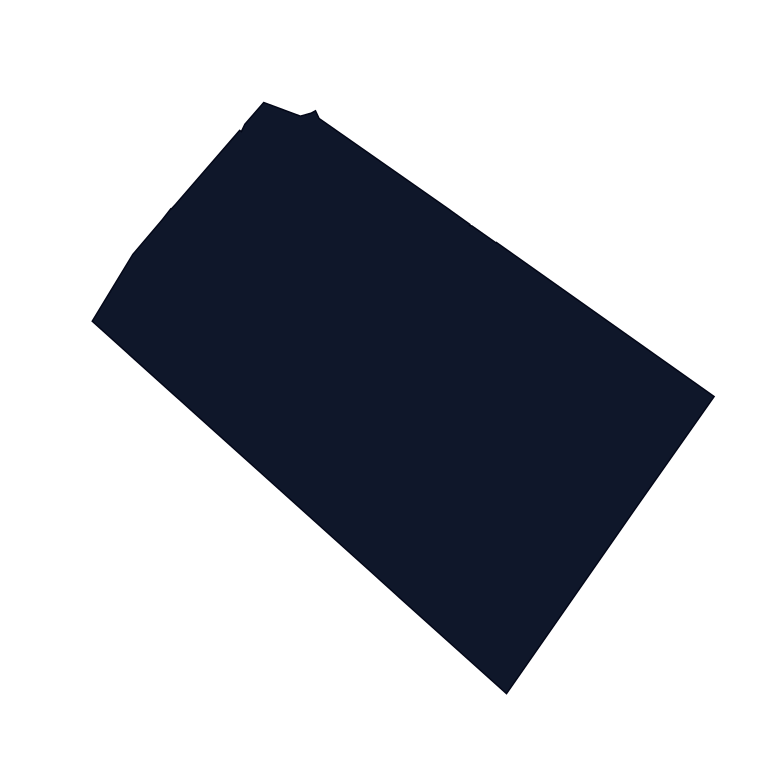 the district of Orange, North Carolina, United States of America, rotated 124°
{"feature_id": "52423323B59069176742644", "entity_name": "Orange", "entity_type": "district", "adm_level": 2, "iso_a3": "USA", "parent_name": "United States of America", "parent_adm1": "North Carolina", "projection": "albers", "projection_center": [-79.134, 36.052], "detail": "fine", "context": "isolated", "style": "filled", "palette": "ink", "viewbox_px": 768, "rotation_deg": 124, "n_neighbors": 0, "source": "geoboundaries", "source_scale": "gbopen_adm2", "svg_char_len": 687}
<svg xmlns="http://www.w3.org/2000/svg" viewBox="0 0 768 768"><g transform="rotate(124 384 384)"><path d="M209.8,103.3L203.8,370.0L204.4,370.1L203.8,399.6L204.8,401.6L203.7,401.9L203.0,425.5L202.9,426.8L200.2,586.3L195.8,593.6L200.1,595.8L208.7,603.1L217.9,641.1L218.0,641.1L246.4,644.6L254.5,643.4L254.5,645.5L352.1,657.3L357.8,658.2L357.9,658.7L372.3,659.7L417.0,664.7L495.1,661.0L501.8,613.0L502.1,611.3L503.2,603.5L510.2,553.5L511.8,541.6L513.5,529.7L517.2,503.2L518.0,497.4L527.8,426.9L547.6,285.1L548.8,277.0L551.4,258.6L552.5,251.3L572.2,109.3L361.9,106.2L354.5,106.1L342.1,105.9L336.7,105.8L331.6,105.7L209.8,103.3Z" fill="#0f172a" stroke="#020617" stroke-width="1.5"/></g></svg>